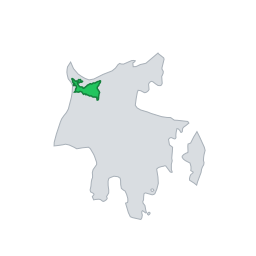 location of Absheron District, Abşeron, Azerbaijan, rotated 232°
{"feature_id": "54616110B88432173472444", "entity_name": "Absheron District", "entity_type": "district", "adm_level": 2, "iso_a3": "AZE", "parent_name": "Azerbaijan", "parent_adm1": "Abşeron", "projection": "mercator", "projection_center": [49.449, 40.323], "detail": "fine", "context": "in_parent", "style": "filled", "palette": "green", "viewbox_px": 256, "rotation_deg": 232, "n_neighbors": 0, "source": "geoboundaries", "source_scale": "gbopen_adm2", "svg_char_len": 6480}
<svg xmlns="http://www.w3.org/2000/svg" viewBox="0 0 256 256"><g transform="rotate(232 128 128)"><path d="M168.6,197.8L167.7,197.7L161.3,199.3L160.0,198.8L154.5,191.8L153.4,191.0L151.0,190.7L149.6,189.5L148.5,187.7L147.9,186.3L142.2,182.5L141.4,181.1L141.3,179.9L142.1,178.8L143.1,177.8L145.8,176.9L149.0,176.1L150.1,175.5L150.6,174.5L150.6,172.9L150.0,171.3L145.4,168.3L144.9,167.1L144.8,165.5L145.0,163.9L145.7,162.7L149.5,161.0L151.5,159.2L150.3,157.2L146.2,152.6L141.4,147.7L138.1,147.6L134.4,149.1L128.5,153.3L125.2,155.2L120.9,158.2L116.2,161.5L112.4,165.1L110.0,168.0L105.7,169.3L103.6,171.7L96.4,179.1L94.4,179.0L94.3,175.3L94.4,172.4L94.0,170.8L91.7,168.5L91.6,167.5L92.2,166.9L94.0,167.3L96.3,167.1L97.4,166.2L94.9,163.2L92.8,161.2L90.9,159.9L90.5,159.0L90.5,158.5L90.9,157.8L94.0,156.1L94.4,154.6L94.1,152.9L89.2,150.3L85.4,151.3L82.1,148.4L79.9,146.3L77.3,143.9L74.9,142.6L72.6,139.7L68.6,136.6L66.0,135.7L66.1,135.3L66.5,134.7L67.6,134.2L74.7,134.4L75.6,133.8L76.0,132.5L77.0,130.6L78.1,127.7L78.0,125.3L70.9,121.4L65.7,117.8L62.1,113.1L59.7,108.7L59.8,107.3L60.5,105.9L66.0,101.9L66.4,100.8L66.3,100.1L64.3,98.1L61.8,96.0L61.0,94.4L59.5,93.6L56.5,93.6L51.3,90.9L50.2,90.7L49.9,90.2L50.2,89.6L53.9,88.6L53.8,87.7L52.7,86.6L50.6,85.7L48.7,83.6L48.0,81.8L54.7,76.3L56.7,75.2L61.1,76.2L70.3,79.8L69.6,81.8L70.6,83.0L72.7,84.5L76.7,86.1L80.1,86.9L81.8,86.2L84.5,85.6L87.9,87.4L91.0,89.7L92.6,90.6L93.4,90.9L95.8,90.1L98.7,87.2L99.8,83.6L100.1,81.9L98.4,79.6L95.0,77.0L91.1,74.7L88.7,72.8L87.1,68.8L85.5,68.4L85.1,67.9L84.8,66.5L84.9,64.6L85.4,63.2L87.0,62.6L88.6,62.3L90.0,61.0L91.8,58.2L92.5,56.7L95.9,57.6L96.4,60.0L96.9,60.5L98.3,60.3L100.7,59.2L102.5,60.0L104.9,62.9L108.2,66.0L109.9,68.0L110.6,69.4L112.3,70.8L114.8,72.4L116.7,74.9L118.5,80.8L120.2,82.1L126.6,84.3L128.8,84.8L135.0,85.6L137.2,85.0L140.4,80.0L143.2,74.8L145.9,73.7L150.8,71.2L153.7,68.8L154.9,66.3L157.7,61.4L159.4,58.7L162.2,61.1L167.2,67.7L174.3,78.3L176.0,81.3L177.1,84.8L178.1,89.0L179.7,92.7L186.9,102.1L190.0,105.5L195.1,110.0L196.9,110.9L199.2,111.2L203.6,111.2L207.6,113.0L209.6,114.2L211.6,116.0L213.4,118.0L215.3,123.4L208.3,121.6L201.3,121.9L197.4,123.1L193.5,124.7L189.9,126.9L187.6,131.3L185.6,141.3L182.8,150.7L182.9,155.0L184.1,159.2L184.0,161.2L182.7,162.0L181.1,163.8L178.9,172.3L177.8,174.0L176.5,175.1L176.1,174.1L176.2,171.8L173.1,169.8L171.5,172.1L170.4,176.8L168.1,181.7L168.0,182.6L168.6,197.8ZM65.2,109.6L65.5,108.3L64.6,107.7L63.7,107.6L62.9,108.3L62.9,110.0L64.0,110.3L65.2,109.6ZM42.3,149.0L41.2,147.6L40.7,146.9L43.8,146.2L48.9,144.4L50.3,145.3L51.8,147.2L52.6,148.8L52.7,151.8L53.3,152.2L55.8,151.2L56.9,152.4L58.9,153.9L62.2,155.3L67.0,153.1L69.4,152.5L71.4,152.6L72.4,153.3L72.8,155.6L72.4,158.4L71.8,160.0L72.9,161.1L76.8,163.9L78.4,165.4L77.6,168.1L80.6,174.5L81.5,177.0L82.7,180.1L76.7,178.9L65.9,176.3L62.9,175.0L60.1,171.4L58.4,169.6L55.9,167.4L53.9,166.6L52.4,165.0L51.5,162.7L50.2,160.6L48.0,158.2L42.9,149.9L42.3,149.0ZM48.7,92.7L48.0,93.2L47.0,92.7L46.7,91.6L46.8,90.5L47.8,90.3L48.6,90.6L48.8,91.6L48.7,92.7Z" fill="#d9dde1" stroke="#a8b0b8" stroke-width="1"/><path d="M182.0,113.7L182.0,113.9L181.9,114.2L181.8,114.7L181.5,115.0L181.1,115.0L180.8,115.1L180.4,115.2L180.6,115.5L180.6,115.8L180.2,115.9L179.8,115.9L179.7,116.0L179.4,116.2L179.2,116.3L178.9,116.5L178.6,116.7L178.4,116.8L178.2,116.8L177.7,117.1L177.2,117.3L176.9,117.5L176.7,117.6L176.5,117.9L176.4,118.2L176.3,118.4L176.2,118.5L175.7,119.0L175.1,119.1L174.6,119.1L174.2,119.4L173.8,119.6L173.5,120.1L173.2,120.5L173.0,120.8L172.6,121.0L172.4,121.4L172.0,121.8L171.7,122.1L171.2,122.2L170.9,121.9L170.5,121.7L170.3,121.6L169.8,121.4L169.5,121.2L169.3,120.9L169.0,120.9L168.8,121.1L168.7,121.3L168.6,121.7L168.8,122.3L169.2,122.6L169.4,122.9L170.0,123.5L170.3,123.7L170.6,123.8L170.9,124.2L171.2,124.6L171.6,125.0L172.0,125.4L172.3,125.7L172.6,126.1L172.9,126.5L173.1,126.9L173.5,127.5L173.9,127.6L174.8,127.8L177.4,128.0L177.9,128.0L178.7,128.5L179.1,129.1L179.3,129.3L179.4,129.9L179.5,130.4L179.5,130.7L179.6,131.2L179.9,131.6L180.2,132.0L180.6,132.6L180.7,133.1L180.7,133.6L180.9,134.2L181.2,134.5L181.4,134.8L181.9,135.2L182.1,135.3L182.4,135.1L182.6,134.9L182.5,134.4L182.5,133.9L182.7,133.6L183.1,133.2L183.2,132.6L183.3,132.2L183.5,131.8L183.5,131.3L183.6,130.9L183.6,130.4L183.7,130.2L183.7,129.8L184.0,129.3L184.4,129.0L184.7,128.6L184.9,128.1L184.9,127.4L184.9,126.9L185.0,126.4L185.5,126.0L185.8,125.9L186.1,125.6L186.2,125.3L186.4,124.3L186.3,123.7L186.6,123.1L186.7,122.4L186.7,121.9L186.5,121.4L186.5,120.7L186.5,120.2L186.6,119.7L186.4,118.9L186.5,118.4L186.5,117.9L186.6,117.5L186.8,117.3L187.0,117.1L187.4,117.2L187.5,117.3L188.1,117.4L188.4,117.2L188.5,117.0L189.1,116.6L189.3,116.3L189.4,116.1L189.9,115.6L190.3,115.4L190.8,115.3L191.1,115.3L191.5,115.3L191.8,115.3L192.0,115.3L193.0,115.4L193.5,115.3L193.9,115.5L194.1,115.5L194.3,115.9L194.5,116.1L195.0,116.2L195.2,116.3L195.5,116.4L195.9,116.4L196.3,116.5L196.7,116.5L197.1,115.8L197.1,115.6L197.4,115.3L197.7,115.2L198.3,115.2L198.7,115.2L199.3,115.1L199.8,115.1L200.3,114.9L200.7,114.8L201.0,114.7L201.3,114.5L201.4,114.3L201.3,114.1L201.2,113.9L200.7,113.8L200.1,113.7L199.7,113.7L199.1,113.2L198.8,113.0L198.5,112.9L198.1,112.7L197.7,112.6L197.3,112.6L196.9,112.6L196.6,112.9L196.3,113.1L196.1,113.2L195.8,113.2L195.5,113.1L195.3,112.8L195.4,112.4L195.4,112.1L195.6,111.8L195.7,111.6L195.6,111.4L195.3,111.3L195.0,111.3L194.8,111.3L194.6,111.6L194.5,111.9L194.5,112.1L194.4,112.3L194.2,112.6L194.0,112.8L193.6,113.0L193.2,113.1L192.8,113.0L192.4,112.7L192.1,112.7L191.9,112.5L191.6,112.2L191.4,111.9L191.1,111.5L191.1,111.1L191.0,110.8L190.7,110.4L190.3,110.2L190.0,110.0L189.9,109.8L189.6,109.4L189.5,108.9L189.3,108.6L189.4,108.3L189.4,108.2L189.3,107.9L189.1,108.1L188.9,108.3L188.7,108.6L188.7,108.9L188.6,109.4L188.4,109.5L188.1,109.7L187.8,110.0L187.5,110.4L187.1,110.7L186.7,111.1L186.5,111.4L186.5,111.7L186.5,112.0L186.3,112.4L186.4,112.8L185.1,113.7L184.8,113.8L184.2,113.7L183.5,113.7L182.9,113.7L182.2,113.7L182.0,113.7ZM194.6,117.2L194.3,117.2L193.9,117.1L193.7,117.1L193.7,117.5L193.7,117.8L193.6,118.3L193.4,118.7L193.2,119.0L192.9,119.4L192.6,119.7L192.6,120.3L192.8,120.9L193.3,120.7L193.6,120.4L193.9,120.1L194.2,119.8L194.4,119.8L194.7,120.0L195.1,120.3L195.4,120.4L195.5,120.3L195.7,119.9L195.9,119.4L196.0,119.3L196.2,119.2L196.5,119.0L196.5,118.5L196.3,118.1L196.2,117.9L196.0,117.4L195.7,117.3L195.2,117.3L194.9,117.3L194.6,117.2Z" fill="#22c55e" stroke="#15803d" stroke-width="1.5"/></g></svg>